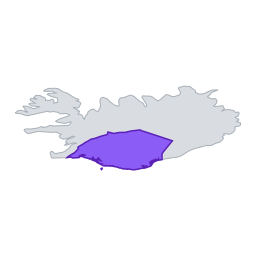 location of Suðurland within Iceland
{"feature_id": "ISL-705", "entity_name": "Suðurland", "entity_type": "Region", "adm_level": 1, "iso_a3": "ISL", "parent_name": "Iceland", "parent_adm1": "", "projection": "natural_earth1", "projection_center": [-19.582, 64.139], "detail": "fine", "context": "in_parent", "style": "filled", "palette": "violet", "viewbox_px": 256, "rotation_deg": 0, "n_neighbors": 0, "source": "natural_earth", "source_scale": "10m", "svg_char_len": 7497}
<svg xmlns="http://www.w3.org/2000/svg" viewBox="0 0 256 256"><path d="M198.8,94.0L201.2,94.1L205.0,93.2L210.5,90.5L212.8,90.0L218.1,89.9L211.7,92.5L209.4,95.3L207.6,96.7L207.7,97.3L212.3,99.0L214.5,98.5L215.4,98.7L216.3,99.5L217.0,101.1L216.6,102.8L215.4,104.5L213.6,105.9L213.9,106.3L215.3,106.5L222.8,105.7L223.7,107.7L224.4,108.4L224.2,109.1L221.3,111.3L224.8,109.9L227.6,109.5L232.4,110.2L234.3,111.0L235.5,112.5L237.9,112.0L239.0,112.8L239.1,113.7L238.1,116.0L235.3,117.2L237.1,118.9L238.5,118.9L238.8,119.3L238.7,120.3L236.5,121.5L240.2,122.8L240.6,123.3L240.5,124.8L239.9,125.7L238.8,126.2L236.2,126.3L234.7,126.9L235.2,127.8L234.8,130.4L232.9,132.5L231.0,133.6L229.1,134.3L223.9,133.5L224.2,135.3L222.3,136.4L222.7,137.3L223.4,137.8L223.1,139.0L220.8,141.5L219.1,142.3L215.8,143.3L211.1,145.5L206.2,145.5L194.3,148.7L189.6,150.5L181.2,155.8L177.6,157.1L171.5,157.8L153.1,161.2L151.0,163.3L150.9,163.8L151.8,164.6L150.4,166.0L147.6,167.1L146.3,167.1L144.0,166.2L143.7,166.6L144.6,167.7L135.6,169.5L123.1,168.6L112.0,166.0L103.3,165.5L97.1,161.9L96.9,161.4L97.6,160.3L99.8,159.8L98.8,158.7L95.0,160.6L93.8,160.6L92.2,159.8L92.2,159.1L89.1,158.8L83.7,156.5L83.3,156.0L84.6,155.3L84.3,155.1L81.4,155.2L77.2,157.3L52.0,158.1L51.2,157.0L50.2,153.0L51.1,151.3L52.2,151.4L55.1,153.7L61.8,152.4L64.6,151.6L67.1,149.4L68.6,148.6L70.7,145.8L72.7,144.1L77.0,143.3L73.2,142.8L66.9,145.1L64.7,145.1L65.7,144.1L67.9,143.0L66.4,142.9L65.9,142.4L65.8,141.3L67.0,139.7L74.5,136.7L72.7,136.1L67.5,138.4L63.7,139.2L60.7,138.1L59.2,136.7L59.3,136.1L61.2,134.3L60.9,134.0L59.7,133.8L56.4,132.1L51.1,132.3L38.1,131.4L28.3,133.6L26.0,132.6L24.1,130.3L24.5,129.4L26.3,128.9L31.0,129.0L38.1,127.9L41.3,126.6L42.6,126.9L43.2,127.6L47.5,126.6L49.9,125.4L53.7,126.0L68.4,125.4L70.3,123.8L71.1,122.0L70.8,121.7L65.4,123.3L64.1,123.3L57.9,122.4L55.7,121.4L56.4,120.6L59.8,118.9L68.2,116.0L69.4,115.4L69.5,114.7L66.2,113.5L59.9,113.8L58.3,112.4L53.1,111.5L49.6,112.1L47.8,111.2L27.1,115.8L20.5,113.7L15.8,113.3L15.4,112.7L18.2,110.6L20.1,110.3L22.0,110.5L25.6,111.9L28.1,112.3L25.0,110.2L24.9,108.3L24.0,107.7L23.0,106.4L23.4,106.0L27.2,106.3L33.2,108.6L36.1,108.1L40.0,106.7L31.4,105.9L28.8,104.0L30.7,103.1L35.2,103.2L30.3,100.1L30.1,99.6L31.0,98.2L37.1,99.4L33.9,97.6L33.8,97.2L34.8,96.8L35.3,95.7L36.9,95.3L40.0,95.6L44.8,97.8L45.5,98.4L45.6,100.5L47.5,100.2L49.8,100.5L51.7,99.0L53.0,99.4L54.0,100.7L53.8,103.6L55.2,102.6L57.4,102.5L57.8,100.1L57.5,98.2L50.1,96.0L47.2,94.4L47.6,93.9L49.0,93.4L56.8,93.0L53.5,92.1L52.7,91.1L46.8,91.5L43.9,91.1L43.8,90.6L45.0,89.9L48.6,88.4L55.3,88.3L58.0,88.7L63.2,91.9L67.3,93.2L74.3,97.7L78.7,99.4L78.9,99.8L78.2,100.3L76.5,100.9L79.1,101.7L80.7,102.8L80.8,103.3L79.3,106.9L77.6,108.1L73.5,107.4L74.4,108.5L77.4,109.7L78.0,110.4L77.6,111.1L79.0,110.9L79.5,111.2L78.8,113.3L78.0,114.0L80.5,114.4L82.2,115.4L84.2,119.5L85.4,116.4L85.9,115.2L87.0,114.8L88.2,111.6L91.0,109.7L93.6,109.0L96.3,111.2L98.2,111.4L100.2,107.5L100.5,104.6L99.9,101.4L100.3,99.2L101.6,97.8L103.3,97.4L107.0,98.7L110.1,101.9L114.8,105.3L118.1,106.2L118.6,106.1L119.2,105.0L118.7,100.4L120.2,98.0L124.1,97.5L129.9,95.2L131.2,95.2L134.1,96.5L139.3,101.0L143.0,103.1L144.9,106.5L145.8,107.1L146.5,106.0L146.6,104.5L142.1,97.6L142.1,96.6L142.5,95.9L150.5,96.2L152.3,97.0L157.8,101.0L160.6,99.4L165.9,94.7L167.8,94.8L172.4,96.7L174.2,96.6L179.6,94.9L180.7,92.7L178.3,88.2L179.3,87.3L184.2,86.2L189.6,86.4L195.3,90.6L195.5,92.5L198.8,94.0Z" fill="#d9dde1" stroke="#a8b0b8" stroke-width="1"/><path d="M162.1,159.6L160.3,159.9L158.4,160.2L158.6,160.0L158.8,159.8L158.7,159.5L158.6,159.2L158.5,159.6L158.2,159.9L157.9,159.9L157.6,159.8L157.7,160.0L157.8,160.1L157.8,160.3L155.1,161.4L155.3,160.8L155.8,160.5L156.5,160.4L157.1,160.3L157.1,160.1L155.7,159.7L155.2,159.4L155.1,159.8L155.2,160.1L154.7,160.3L154.1,160.3L153.6,160.1L153.0,160.1L153.5,160.3L153.5,160.5L153.0,160.5L152.7,160.5L152.2,160.6L151.8,160.7L151.5,161.0L151.3,161.3L151.2,161.8L151.0,162.2L150.6,162.2L150.2,162.0L149.9,162.2L149.8,162.5L150.3,162.7L150.5,162.7L151.0,162.4L151.3,162.4L152.9,162.5L153.5,162.4L152.6,163.4L152.1,163.6L151.5,163.5L151.6,163.4L150.8,163.3L150.8,163.5L150.2,163.5L149.9,163.7L150.2,163.6L150.4,163.7L150.4,163.9L150.4,164.2L151.9,164.2L152.2,164.0L151.7,164.9L151.0,165.8L150.0,166.4L147.9,166.9L146.5,167.6L145.2,167.7L144.5,167.2L144.8,167.0L145.4,166.9L145.6,166.7L145.9,166.4L146.1,166.3L146.8,166.3L146.8,166.1L146.2,166.1L145.1,166.3L144.5,166.3L143.1,165.7L142.6,165.7L142.8,165.9L142.6,165.9L142.6,166.0L143.1,166.7L143.3,166.8L143.5,167.0L143.6,167.3L143.7,167.7L143.7,167.9L144.6,167.9L145.1,167.9L145.5,168.0L141.0,168.4L138.4,169.1L134.0,169.8L132.9,169.8L128.9,169.0L127.2,169.3L126.6,169.2L126.8,169.2L127.0,169.0L126.3,168.9L125.9,168.8L125.6,168.7L125.2,169.0L122.3,168.7L122.1,168.6L121.0,168.1L119.3,167.9L116.8,166.9L113.4,166.4L112.8,166.1L113.1,166.0L113.2,165.9L112.9,165.7L112.7,165.7L112.3,165.8L112.1,165.9L110.1,165.7L110.1,165.8L112.2,166.1L106.7,165.8L106.3,165.5L106.2,165.5L105.9,165.5L105.9,165.9L104.3,165.9L103.5,165.8L100.3,164.2L100.0,164.0L100.3,164.2L100.7,164.2L101.0,164.2L101.3,164.0L101.1,164.0L100.6,163.9L100.3,163.8L100.4,163.4L100.5,163.3L100.1,163.6L99.7,163.8L99.4,163.7L98.9,163.5L98.9,163.3L99.6,163.5L99.3,163.1L98.9,162.8L98.5,162.6L98.2,162.4L97.8,161.9L97.6,161.6L97.4,161.4L96.9,161.4L96.9,161.6L97.6,162.2L98.0,162.6L98.3,163.1L96.9,162.4L96.3,161.9L95.9,161.3L96.0,161.2L96.0,160.9L95.7,160.5L96.3,160.1L97.0,159.9L98.4,159.8L99.1,159.9L100.2,160.6L100.9,160.7L100.6,160.4L100.1,159.9L99.8,159.8L98.2,159.2L98.8,158.5L98.9,158.3L98.8,157.9L98.6,157.8L98.4,157.9L98.5,158.1L98.5,158.3L98.2,158.5L97.3,159.2L96.7,159.6L96.3,159.9L95.8,159.9L95.7,160.1L95.6,160.3L95.7,160.6L95.6,160.9L95.4,161.1L94.4,160.9L93.5,160.4L92.8,160.2L91.3,159.6L92.7,159.6L92.9,159.6L93.4,159.9L93.7,159.9L93.8,159.8L94.1,159.7L94.8,159.8L94.8,159.6L94.2,159.6L94.2,159.4L94.4,159.4L94.5,159.4L94.5,159.2L93.0,159.4L92.5,159.4L92.5,159.2L93.2,158.7L93.4,157.9L93.1,157.2L92.3,157.0L92.9,157.3L92.8,157.7L92.4,158.1L91.7,158.7L91.2,159.0L90.6,159.0L90.0,158.8L90.2,159.3L90.3,159.4L89.5,158.9L87.6,158.2L84.9,157.6L84.0,157.2L83.5,157.1L83.0,156.9L82.6,156.4L82.7,156.2L82.5,155.3L84.1,155.4L85.0,155.3L85.6,155.0L84.1,155.0L83.1,154.6L82.7,154.6L81.6,154.8L81.4,154.9L81.2,155.0L80.6,155.4L80.3,155.5L81.4,156.0L81.9,156.2L82.2,156.6L81.7,156.5L80.8,156.4L79.8,156.5L79.2,156.6L78.9,156.9L79.2,157.4L79.0,157.5L78.9,157.6L72.7,158.0L72.0,157.7L71.3,157.3L70.7,157.0L70.0,157.0L67.1,157.6L67.5,157.1L67.9,156.7L73.0,153.5L73.8,153.5L73.9,153.4L74.1,153.0L74.2,152.8L74.7,152.5L75.2,152.1L76.1,151.1L77.9,149.1L78.1,148.8L78.3,148.4L78.0,147.8L77.9,147.6L77.9,147.4L78.0,147.2L78.3,146.8L78.6,146.6L83.6,143.7L85.0,142.6L88.1,141.0L90.6,139.4L91.1,139.2L94.4,138.5L101.0,136.2L106.6,134.7L107.1,134.4L107.5,134.2L107.6,133.9L107.7,133.7L107.7,133.3L107.6,132.9L107.7,132.6L108.0,132.0L113.3,133.3L113.8,133.4L114.4,133.3L119.8,132.4L125.0,132.4L130.9,131.0L140.1,129.9L142.0,130.9L144.1,131.5L150.0,133.4L160.6,136.9L172.4,140.8L162.9,152.4L162.1,154.1L162.0,154.6L162.0,159.3L162.1,159.6L162.1,159.6ZM101.9,168.5L102.0,168.6L102.1,168.9L101.9,169.2L101.7,169.4L101.5,169.6L101.4,169.5L101.3,169.3L101.1,169.1L101.0,168.8L101.1,168.5L101.5,168.3L102.0,168.3L101.9,168.5ZM154.4,161.1L154.6,161.3L154.6,161.5L154.5,161.8L154.2,162.1L154.3,161.9L154.2,161.7L153.8,161.6L152.9,161.8L153.0,161.6L153.6,161.2L154.0,161.1L154.4,161.1Z" fill="#8b5cf6" stroke="#5b21b6" stroke-width="1.5"/></svg>